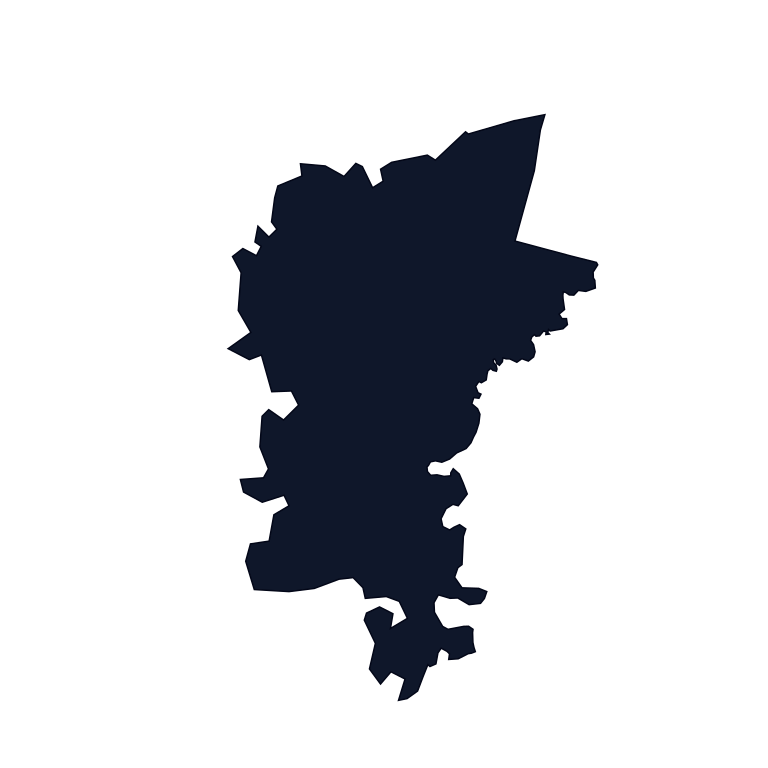 the district of Greene, Alabama, United States of America, rotated 15°
{"feature_id": "52423323B21487028276872", "entity_name": "Greene", "entity_type": "district", "adm_level": 2, "iso_a3": "USA", "parent_name": "United States of America", "parent_adm1": "Alabama", "projection": "equal_earth", "projection_center": [-87.872, 32.837], "detail": "fine", "context": "isolated", "style": "filled", "palette": "ink", "viewbox_px": 768, "rotation_deg": 15, "n_neighbors": 0, "source": "geoboundaries", "source_scale": "gbopen_adm2", "svg_char_len": 2735}
<svg xmlns="http://www.w3.org/2000/svg" viewBox="0 0 768 768"><g transform="rotate(15 384 384)"><path d="M458.3,674.7L465.2,660.2L480.7,663.5L479.9,685.8L487.7,681.9L495.9,671.9L497.5,656.2L499.0,643.7L501.5,645.0L506.6,640.9L505.7,629.8L507.6,624.4L514.0,625.9L517.1,627.7L517.8,633.3L526.8,630.2L535.1,622.7L538.1,621.4L541.5,618.9L539.1,615.2L536.8,610.7L533.9,601.1L533.5,597.9L528.4,596.1L523.7,597.5L509.3,604.4L503.4,603.0L491.8,591.4L488.9,582.3L491.1,573.6L496.2,573.7L503.3,573.9L510.6,571.6L523.3,575.1L534.0,570.9L536.5,565.2L537.0,557.9L528.4,556.9L512.1,560.7L502.2,552.4L502.9,542.3L506.1,538.2L500.1,510.7L500.5,502.8L493.4,500.3L488.6,504.3L485.2,508.0L477.7,506.5L474.0,499.4L476.2,488.4L481.7,482.4L487.2,482.4L492.9,468.7L486.1,459.2L480.0,451.5L472.8,447.9L471.5,452.5L472.2,455.4L465.9,457.7L458.7,458.0L452.7,460.1L448.6,457.3L447.0,453.0L448.0,451.2L449.0,447.2L453.6,444.9L460.1,444.6L466.8,439.5L472.0,431.8L480.0,425.1L483.2,418.3L484.2,412.0L485.4,406.8L485.8,397.3L484.5,388.4L480.8,383.7L473.9,380.4L474.2,373.9L479.4,373.2L480.3,368.7L477.1,368.1L473.1,362.6L475.0,357.0L477.7,357.6L481.7,353.6L481.0,347.8L480.9,344.3L483.2,341.3L485.6,342.6L489.2,342.6L489.3,340.3L487.3,336.7L484.3,335.0L483.2,332.1L484.4,331.1L486.2,332.7L487.5,334.9L490.6,336.1L492.6,331.9L492.1,328.0L495.4,328.1L499.0,327.2L506.7,328.6L510.6,323.9L517.5,324.5L521.5,319.1L521.6,313.8L518.3,307.3L514.3,303.9L514.6,300.3L516.6,297.4L518.4,298.5L521.8,297.2L524.4,291.5L527.2,291.7L527.5,294.3L530.8,293.0L528.9,291.9L528.8,288.8L530.8,289.8L542.6,284.3L545.8,279.2L543.3,273.6L539.0,274.8L535.0,271.2L539.1,265.3L534.9,255.4L533.8,252.0L533.3,248.5L536.1,248.6L539.9,250.0L544.4,249.0L547.5,243.3L555.0,242.3L563.3,236.6L560.8,229.3L558.8,227.4L557.4,222.9L557.0,221.9L559.6,213.6L557.7,211.6L530.7,212.0L473.5,212.0L474.0,139.1L469.3,98.2L469.7,82.2L441.6,96.0L400.8,120.7L397.5,119.3L375.7,154.5L366.6,151.7L334.0,167.9L325.1,177.4L330.7,188.3L322.2,197.4L306.8,179.6L299.7,178.2L291.7,193.9L270.8,188.6L246.3,192.9L250.9,204.3L230.2,220.2L230.2,232.4L233.4,256.5L240.5,262.2L234.8,271.9L221.4,264.2L222.6,280.2L229.8,282.8L227.6,293.1L212.6,289.7L204.7,300.1L217.2,313.5L224.2,350.7L242.1,368.6L224.3,390.2L247.6,395.3L258.1,387.7L277.6,420.5L296.4,414.7L307.0,426.5L296.3,444.8L279.3,438.6L274.6,446.7L280.4,476.9L294.4,495.9L291.9,505.8L270.0,513.4L276.3,524.7L297.0,529.7L316.2,517.3L323.8,526.2L311.5,538.8L313.7,565.5L296.4,573.0L296.3,591.0L311.9,616.1L346.0,609.1L369.6,599.5L391.0,584.2L404.3,579.0L416.4,586.2L421.4,595.9L441.2,588.7L455.0,590.0L467.3,604.3L453.5,618.5L452.1,603.6L437.4,600.5L426.4,609.8L426.1,617.2L442.8,636.7L443.7,663.0L458.3,674.7Z" fill="#0f172a" stroke="#020617" stroke-width="1.5"/></g></svg>